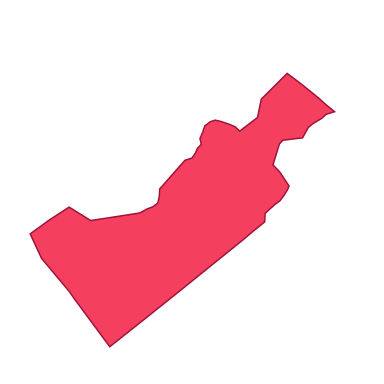 outline of Barão, Rio Grande do Sul, Brazil, rotated 141°
{"feature_id": "56859067B63492372460068", "entity_name": "Barão", "entity_type": "district", "adm_level": 2, "iso_a3": "BRA", "parent_name": "Brazil", "parent_adm1": "Rio Grande do Sul", "projection": "mercator", "projection_center": [-51.523, -29.392], "detail": "fine", "context": "isolated", "style": "filled", "palette": "rose", "viewbox_px": 384, "rotation_deg": 141, "n_neighbors": 0, "source": "geoboundaries", "source_scale": "gbopen_adm2", "svg_char_len": 900}
<svg xmlns="http://www.w3.org/2000/svg" viewBox="0 0 384 384"><g transform="rotate(141 192 192)"><path d="M353.3,123.5L321.5,123.2L293.6,123.0L264.3,122.8L229.0,122.8L222.5,122.8L182.7,122.7L171.1,123.0L161.9,123.0L154.3,123.0L148.7,129.3L142.3,129.8L134.9,130.1L129.4,129.8L122.7,131.4L116.7,133.5L112.8,135.6L111.2,152.0L112.0,162.1L93.9,174.3L88.9,175.1L72.0,164.5L60.9,169.0L54.7,169.0L45.0,167.6L38.7,167.9L30.7,164.7L33.0,175.8L34.4,184.9L39.0,206.6L43.4,224.3L79.6,220.6L86.3,215.2L94.2,208.7L116.7,209.3L117.3,215.2L120.2,220.8L125.0,228.5L128.8,233.3L133.5,235.1L140.3,235.3L147.1,231.2L152.2,228.5L154.8,223.2L160.3,222.5L165.0,220.1L170.7,218.4L177.4,221.1L215.2,214.7L220.2,209.2L225.5,205.0L231.1,205.0L237.7,207.1L246.0,208.7L288.7,233.6L297.0,257.6L319.7,260.0L344.1,261.3L350.7,235.1L350.0,192.0L350.7,182.4L353.3,123.5Z" fill="#f43f5e" stroke="#9f1239" stroke-width="1.5"/></g></svg>